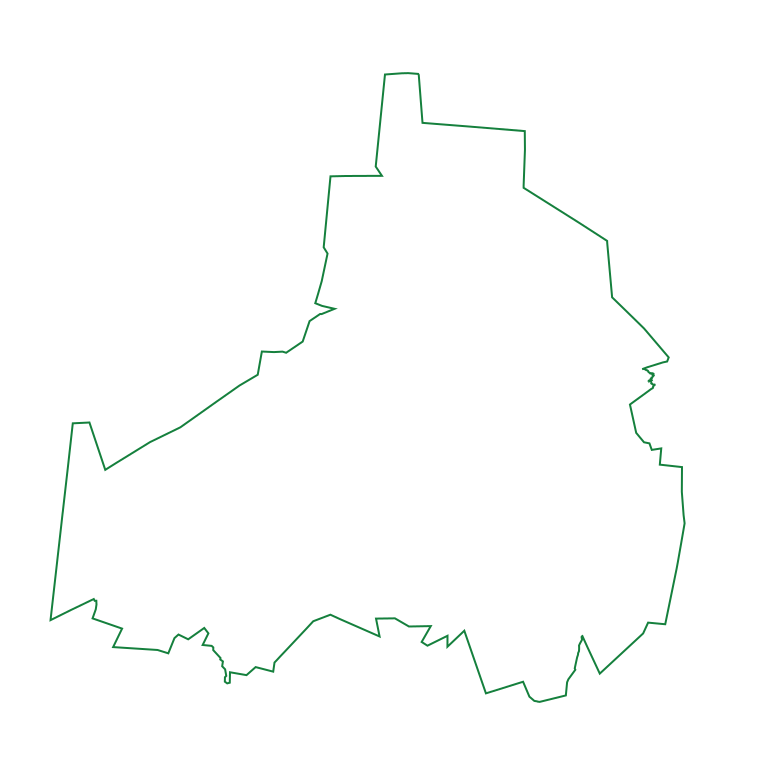 Arizpe, Sonora, Mexico (Albers equal-area conic projection), rotated 275°
{"feature_id": "50627088B18728896927729", "entity_name": "Arizpe", "entity_type": "district", "adm_level": 2, "iso_a3": "MEX", "parent_name": "Mexico", "parent_adm1": "Sonora", "projection": "albers", "projection_center": [-110.149, 30.441], "detail": "fine", "context": "isolated", "style": "outline", "palette": "green", "viewbox_px": 768, "rotation_deg": 275, "n_neighbors": 0, "source": "geoboundaries", "source_scale": "gbopen_adm2", "svg_char_len": 4494}
<svg xmlns="http://www.w3.org/2000/svg" viewBox="0 0 768 768"><g transform="rotate(275 384 384)"><path d="M114.3,624.2L158.1,663.9L169.3,667.9L169.2,682.2L169.2,685.1L225.5,691.6L231.6,692.2L251.1,693.9L271.3,695.6L272.4,695.4L279.4,693.9L302.5,690.1L327.2,688.1L327.7,665.8L344.0,665.8L341.7,656.5L348.0,653.6L348.6,648.1L357.3,639.5L385.0,630.8L402.3,650.6L402.7,651.2L403.1,651.8L403.2,652.0L403.3,652.1L403.5,652.2L403.9,652.2L404.1,652.3L404.4,652.4L404.6,652.4L404.9,652.3L405.1,652.4L405.1,652.5L405.3,652.6L405.5,652.7L405.7,652.8L405.8,652.9L406.1,653.1L406.3,653.2L406.6,653.4L406.7,653.5L406.8,653.7L407.0,653.6L407.0,653.4L406.9,653.3L406.8,653.2L406.7,653.1L406.7,652.8L406.7,652.5L406.8,652.2L407.0,652.0L407.1,651.7L407.3,651.5L407.5,651.1L407.5,650.8L407.6,650.7L407.8,650.3L408.0,650.4L408.3,650.4L408.5,650.3L408.8,650.2L409.3,650.0L409.9,649.6L410.0,649.5L410.1,649.4L410.2,649.2L410.2,648.9L410.2,648.7L410.3,648.5L410.3,648.4L410.2,648.3L410.3,648.3L410.3,648.2L410.1,648.1L410.2,647.9L410.3,647.8L410.3,647.7L410.2,647.5L410.2,647.4L410.3,647.4L410.4,647.5L410.5,647.8L410.7,648.0L410.8,648.1L410.9,648.3L411.0,648.5L411.2,648.8L411.3,648.9L411.3,649.0L411.1,649.2L411.1,649.3L411.2,649.6L411.3,650.0L411.3,650.3L411.5,650.2L411.6,649.9L411.6,649.7L411.6,649.4L411.9,649.2L412.1,649.2L412.1,649.3L412.3,649.4L412.4,649.5L412.5,649.6L412.6,649.9L412.7,650.0L412.8,650.1L413.0,650.1L413.2,649.9L413.4,649.9L413.4,650.0L413.5,650.0L413.8,650.4L413.8,650.5L414.0,650.5L414.3,650.8L414.5,651.0L414.8,651.1L415.2,651.3L415.3,651.5L415.5,651.7L415.7,651.8L415.9,651.8L416.0,651.9L416.2,651.7L416.0,651.4L416.3,651.3L416.3,651.2L416.2,651.1L416.2,650.9L416.3,650.9L416.4,651.0L416.5,651.2L416.5,650.9L416.6,650.7L416.9,650.5L417.1,650.3L417.2,650.2L417.3,650.2L417.4,650.4L417.4,650.7L417.5,650.9L417.5,651.0L417.4,651.3L417.4,651.5L417.5,651.6L417.7,651.4L417.8,651.4L417.9,651.2L417.8,650.9L417.8,650.7L417.7,650.6L417.8,650.5L418.1,650.2L418.0,649.9L418.0,649.7L418.1,649.0L418.1,648.8L418.1,648.7L417.8,648.6L417.7,648.6L417.6,648.4L417.7,648.2L417.9,648.0L418.3,647.7L418.5,647.3L418.6,647.2L418.7,646.9L418.8,646.6L419.0,646.4L419.4,646.2L419.6,646.1L419.8,645.9L420.0,645.9L420.2,645.7L420.4,645.3L420.5,645.2L420.5,644.9L420.5,644.7L420.7,644.3L420.7,644.1L420.7,643.9L421.0,643.5L421.1,643.3L421.2,643.0L421.4,642.6L421.5,642.3L421.5,642.2L421.7,641.9L421.7,641.6L421.7,641.4L421.6,641.1L421.5,640.9L421.4,640.3L421.3,639.9L423.7,645.0L429.8,659.9L431.1,664.1L435.3,665.3L462.0,638.2L463.9,635.9L464.8,634.8L481.1,614.9L490.2,603.7L543.8,594.1L546.0,593.8L561.6,564.3L591.6,506.0L593.9,505.8L629.6,504.0L648.2,502.2L647.9,445.4L647.7,422.8L647.5,399.6L694.9,391.7L695.9,391.0L695.8,381.1L695.1,374.8L692.4,358.0L599.9,356.8L591.2,363.8L587.9,328.0L586.2,312.6L514.9,312.0L509.0,316.4L481.0,313.0L467.7,310.4L458.5,308.5L456.4,315.5L454.6,328.2L448.2,315.7L448.2,314.3L440.2,304.4L419.2,299.3L406.6,283.8L407.4,280.1L406.2,271.6L405.7,259.5L382.2,257.4L369.9,240.2L351.8,218.7L323.1,184.9L305.8,156.1L282.3,124.5L274.2,113.8L320.0,93.9L319.7,92.0L317.7,77.4L271.9,76.3L230.3,75.2L229.5,75.2L227.3,75.1L210.8,74.7L179.8,73.9L179.5,73.9L120.8,72.4L119.7,72.4L131.5,91.7L144.5,113.6L142.8,114.7L143.0,116.3L139.2,116.8L134.4,116.5L125.1,114.1L117.5,144.4L98.3,137.1L99.3,181.6L96.9,192.6L112.6,197.4L116.5,201.1L112.6,211.2L125.3,226.2L120.3,230.8L108.2,226.1L108.1,235.1L106.7,236.9L104.0,237.1L96.8,245.0L95.3,244.9L93.6,247.7L88.7,247.4L85.9,250.6L79.5,252.3L78.0,251.1L73.6,251.4L72.1,253.9L73.0,256.4L83.4,255.7L82.0,272.4L90.8,280.8L87.8,298.7L97.0,299.2L99.6,301.3L103.5,304.3L108.9,308.6L133.5,328.0L141.5,334.2L149.5,350.7L146.0,360.5L132.1,401.6L149.6,396.5L151.5,415.3L144.6,430.0L146.9,451.7L130.3,444.0L127.1,450.1L138.7,469.2L127.8,470.1L145.2,485.5L84.7,512.5L99.5,548.5L85.2,556.1L81.4,561.4L81.2,564.1L81.0,564.7L80.9,566.8L89.6,592.3L102.8,592.4L105.9,593.4L116.0,599.5L117.3,598.8L127.7,600.1L129.0,600.3L130.1,600.6L131.0,600.8L131.8,600.9L132.5,600.8L132.9,600.9L133.1,600.9L133.3,601.0L133.6,601.1L134.2,601.3L134.5,601.4L134.7,601.5L135.2,601.5L136.0,601.5L136.9,601.5L137.9,601.4L139.1,601.3L139.8,601.2L140.1,601.1L140.5,601.1L141.1,601.3L141.9,601.6L142.2,601.7L142.5,601.8L143.9,602.4L144.7,602.8L146.0,603.3L146.4,603.5L146.6,603.5L146.8,603.5L147.2,603.4L147.5,603.4L147.9,603.2L148.2,603.1L148.6,603.0L149.2,602.9L149.3,603.0L149.6,603.1L150.0,603.3L150.2,603.6L139.4,609.7L114.3,624.2Z" fill="none" stroke="#15803d" stroke-width="2"/></g></svg>